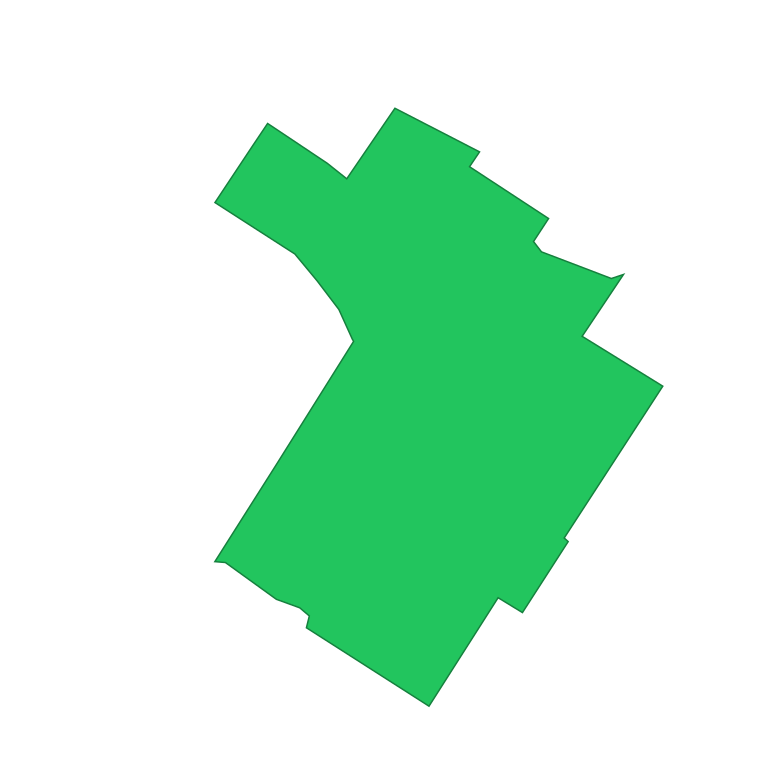 Ontario, New York, United States of America, rotated 123°
{"feature_id": "52423323B27260501944339", "entity_name": "Ontario", "entity_type": "district", "adm_level": 2, "iso_a3": "USA", "parent_name": "United States of America", "parent_adm1": "New York", "projection": "albers", "projection_center": [-77.313, 42.808], "detail": "fine", "context": "isolated", "style": "filled", "palette": "green", "viewbox_px": 768, "rotation_deg": 123, "n_neighbors": 0, "source": "geoboundaries", "source_scale": "gbopen_adm2", "svg_char_len": 591}
<svg xmlns="http://www.w3.org/2000/svg" viewBox="0 0 768 768"><g transform="rotate(123 384 384)"><path d="M629.7,170.8L501.1,171.9L500.3,143.4L415.9,143.7L415.0,149.0L320.5,149.0L234.0,149.0L236.1,243.8L161.7,242.8L171.7,250.8L187.4,323.9L183.1,336.2L155.6,336.1L155.2,430.6L137.3,430.3L146.8,525.0L232.2,527.0L229.8,551.8L228.9,623.5L255.8,623.9L323.9,624.6L323.6,542.9L323.5,529.6L333.9,496.3L346.1,462.4L363.7,434.9L364.8,432.7L509.5,430.4L625.1,429.1L620.1,419.8L623.2,357.0L617.6,332.8L619.2,320.3L630.7,316.3L629.7,170.8Z" fill="#22c55e" stroke="#15803d" stroke-width="1.5"/></g></svg>